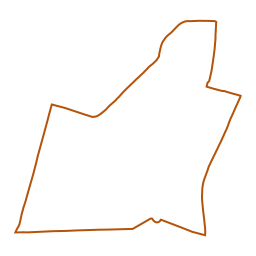 the district of Al Matariyya, Al Qahirah, Egypt
{"feature_id": "37247803B27962965783351", "entity_name": "Al Matariyya", "entity_type": "district", "adm_level": 2, "iso_a3": "EGY", "parent_name": "Egypt", "parent_adm1": "Al Qahirah", "projection": "robinson", "projection_center": [31.312, 30.128], "detail": "fine", "context": "isolated", "style": "outline", "palette": "amber", "viewbox_px": 256, "rotation_deg": 0, "n_neighbors": 0, "source": "geoboundaries", "source_scale": "gbopen_adm2", "svg_char_len": 4856}
<svg xmlns="http://www.w3.org/2000/svg" viewBox="0 0 256 256"><path d="M232.8,113.8L233.3,112.8L233.6,112.0L234.0,111.2L234.5,110.0L235.0,108.8L235.5,107.7L236.0,106.5L236.3,105.8L236.7,105.1L237.5,103.3L238.3,101.5L238.5,101.1L238.8,100.4L239.1,99.8L239.3,99.3L239.6,98.5L240.0,97.8L240.2,97.4L240.3,97.0L240.4,96.6L240.5,96.2L240.6,95.8L240.1,95.6L239.7,95.5L239.3,95.5L238.5,95.2L238.0,95.0L237.2,94.8L236.6,94.6L235.5,94.3L234.9,94.2L234.3,94.0L233.2,93.7L232.0,93.4L231.5,93.2L230.9,93.1L229.9,92.8L229.8,92.7L229.2,92.6L228.6,92.4L227.5,92.1L227.0,91.9L226.5,91.8L225.2,91.3L224.8,91.2L224.3,91.1L223.9,91.1L223.5,91.0L223.3,91.0L223.0,91.0L222.6,91.0L221.8,90.8L221.4,90.8L221.1,90.7L220.3,90.5L219.5,90.3L218.9,90.2L218.4,90.0L218.1,89.9L217.8,89.8L217.4,89.7L216.8,89.5L216.3,89.5L216.1,89.4L215.5,89.2L214.9,89.1L214.2,88.9L213.5,88.7L212.9,88.5L212.2,88.3L211.7,88.2L211.4,88.1L211.2,88.0L210.9,87.9L210.7,87.9L210.2,87.7L209.4,87.5L209.0,87.4L208.6,87.2L207.8,87.0L207.1,86.8L206.9,86.7L206.6,86.6L207.6,82.6L207.8,82.4L209.2,81.1L211.6,70.5L213.6,56.9L214.6,49.1L215.5,38.6L215.5,35.2L216.2,22.6L216.2,21.9L214.7,21.1L211.5,21.0L208.1,20.9L205.1,20.9L200.8,20.8L198.7,20.8L194.5,21.0L193.0,21.0L192.8,21.1L189.2,21.1L187.6,21.1L184.8,21.5L182.7,22.4L180.4,23.6L178.4,25.2L176.1,27.5L173.4,30.3L171.4,32.4L168.9,34.5L167.0,36.1L165.7,37.5L164.7,39.0L163.3,40.9L162.1,43.0L160.9,46.5L159.9,50.8L159.4,53.0L158.9,56.6L156.5,60.2L154.3,62.4L152.3,64.2L150.7,65.4L148.7,67.1L148.1,67.7L147.7,68.2L144.4,71.7L142.0,74.0L140.7,75.2L138.4,77.4L136.7,78.9L134.1,81.5L132.7,82.8L129.8,85.6L127.5,87.8L123.1,92.2L120.6,95.0L118.8,97.0L117.1,98.6L115.6,100.3L112.5,103.1L111.1,104.3L109.3,105.9L107.7,107.6L105.9,109.6L104.0,111.2L101.0,113.6L98.1,115.6L96.3,116.4L94.2,116.8L93.7,116.8L92.1,116.9L87.9,115.5L84.0,114.3L64.8,107.9L51.8,104.5L49.9,111.3L47.3,121.3L41.1,144.0L37.7,156.3L36.3,162.4L33.5,173.2L30.5,183.7L27.4,194.5L25.3,202.1L23.4,207.8L22.9,209.8L21.7,214.0L20.9,217.9L20.3,220.7L19.5,224.2L18.5,226.3L16.7,229.5L15.4,232.4L18.2,232.4L21.1,232.3L22.1,232.3L22.7,232.3L23.2,232.2L26.8,232.4L37.7,231.9L52.8,231.2L66.2,230.9L77.5,230.4L87.1,230.1L99.5,229.7L107.6,229.6L132.7,228.9L149.0,219.5L150.4,218.7L150.8,218.6L151.1,218.5L151.4,218.5L152.0,218.5L152.3,218.9L152.5,219.2L152.8,219.6L153.0,219.9L153.2,220.1L153.3,220.2L153.4,220.4L153.7,220.7L153.9,220.9L154.2,221.2L154.4,221.4L154.7,221.6L155.0,221.8L155.3,222.0L155.6,222.2L156.0,222.3L156.4,222.4L156.8,222.4L157.2,222.4L157.6,222.3L158.3,222.1L158.7,222.0L159.0,221.8L159.3,221.6L159.6,221.4L159.9,221.1L160.2,220.8L160.4,220.5L160.6,219.9L160.8,219.7L161.2,219.8L183.9,228.5L192.2,231.8L193.0,232.0L193.7,232.2L205.1,235.2L205.1,234.7L205.1,234.3L205.2,233.6L205.2,233.4L205.2,232.7L205.2,232.1L205.2,231.4L205.2,230.7L205.2,229.9L205.2,229.2L205.1,228.4L205.1,227.7L205.0,226.9L204.9,226.5L204.9,226.0L204.8,225.4L204.7,224.9L204.6,224.3L204.6,223.7L204.6,223.4L204.5,223.0L204.5,222.3L204.4,221.6L204.4,221.0L204.3,220.3L204.2,219.6L204.1,219.0L204.1,218.4L204.0,217.8L203.9,217.0L203.8,216.7L203.7,215.5L203.6,214.4L203.4,213.1L203.3,212.5L203.3,211.8L203.1,210.7L203.0,209.9L203.0,209.3L202.9,208.3L202.8,207.9L202.8,207.4L202.7,206.4L202.6,205.5L202.5,204.3L202.4,203.2L202.3,202.6L202.3,202.1L202.2,200.9L202.1,200.4L202.1,199.9L202.1,198.9L202.0,198.0L202.0,197.4L202.0,196.8L202.0,195.9L202.1,195.0L202.1,194.1L202.1,193.2L202.2,192.5L202.2,191.7L202.2,191.0L202.3,190.2L202.3,189.4L202.3,188.5L202.4,188.0L202.4,187.6L202.5,187.3L202.6,186.3L202.7,185.9L202.8,185.4L202.9,184.5L203.0,184.0L203.1,183.6L203.2,183.2L203.3,182.8L203.3,182.4L203.4,182.0L203.6,181.4L203.8,180.8L203.9,180.3L204.1,179.7L204.4,179.0L204.6,178.4L204.8,177.7L205.1,177.0L205.3,176.5L205.5,176.0L205.7,175.4L205.9,174.9L206.1,174.2L206.4,173.4L206.6,173.0L206.7,172.7L207.0,171.9L207.3,171.1L207.6,170.3L207.8,169.5L208.2,168.4L208.3,168.0L208.6,167.2L208.7,166.6L209.0,166.0L209.4,165.3L209.7,164.7L210.0,164.0L210.6,162.8L211.1,161.6L211.4,161.0L211.7,160.4L212.3,159.3L212.5,158.7L212.8,158.2L213.1,157.6L213.4,157.0L213.8,156.1L214.3,155.1L214.6,154.6L214.8,154.1L215.3,153.2L215.5,152.7L215.7,152.3L216.1,151.4L216.3,151.0L216.5,150.5L216.6,150.4L216.9,149.7L217.2,149.3L217.4,148.8L217.8,148.0L218.0,147.6L218.2,147.2L218.5,146.4L218.8,145.8L219.0,145.3L219.5,144.4L219.7,143.9L220.0,143.4L220.5,142.5L220.7,141.9L220.9,141.5L221.2,140.9L221.4,140.4L222.0,139.2L222.5,137.9L222.8,137.2L223.1,136.6L223.7,135.3L224.5,133.5L225.3,131.7L226.2,129.9L227.0,128.1L227.1,127.7L227.3,127.3L227.6,126.5L227.8,126.0L228.0,125.5L228.4,124.5L228.7,123.6L228.9,122.9L229.0,122.6L229.4,121.5L229.6,121.1L229.7,120.8L230.0,120.1L230.2,119.5L230.5,118.8L230.8,118.2L231.2,117.2L231.7,116.3L232.0,115.6L232.3,115.0L232.6,114.3L232.8,113.9L232.8,113.8Z" fill="none" stroke="#b45309" stroke-width="2"/></svg>